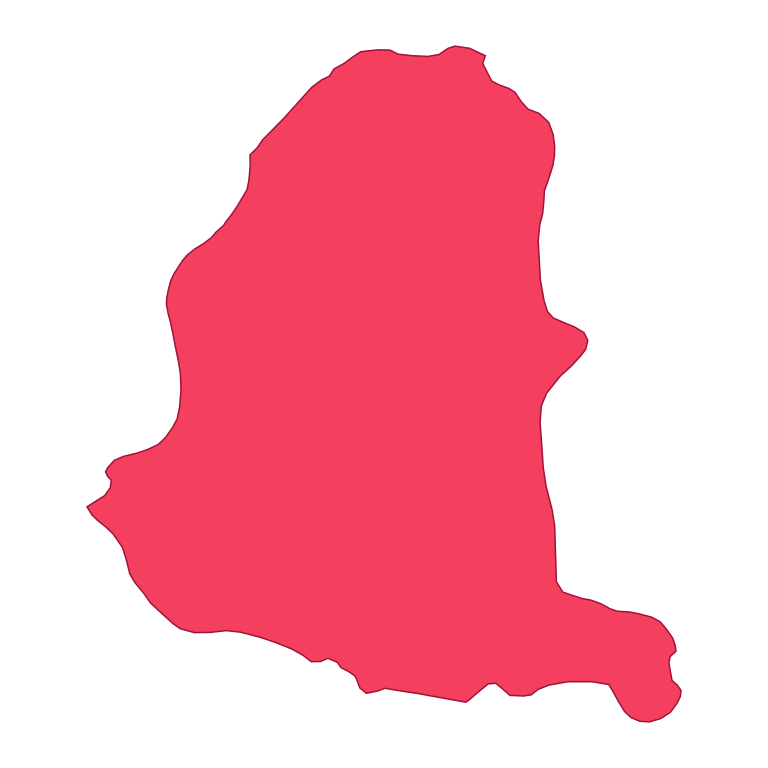 Ndolou, Ngounié, Gabon (Mercator projection)
{"feature_id": "22940354B46648613640917", "entity_name": "Ndolou", "entity_type": "district", "adm_level": 2, "iso_a3": "GAB", "parent_name": "Gabon", "parent_adm1": "Ngounié", "projection": "mercator", "projection_center": [10.279, -1.522], "detail": "fine", "context": "isolated", "style": "filled", "palette": "rose", "viewbox_px": 768, "rotation_deg": 0, "n_neighbors": 0, "source": "geoboundaries", "source_scale": "gbopen_adm2", "svg_char_len": 2338}
<svg xmlns="http://www.w3.org/2000/svg" viewBox="0 0 768 768"><path d="M676.0,651.1L675.0,644.7L672.6,638.0L667.2,630.2L660.4,622.0L651.8,617.2L638.1,613.6L629.5,612.0L617.1,611.2L609.7,608.6L601.1,603.8L590.6,600.0L582.2,598.6L574.4,596.0L562.8,592.1L556.4,581.7L554.7,526.1L552.2,510.2L546.0,485.8L543.2,467.1L542.2,451.5L540.1,422.5L541.3,406.0L546.6,393.2L560.0,376.4L571.2,366.1L580.0,356.7L585.6,349.5L587.8,340.5L584.0,332.7L574.7,327.1L562.8,322.1L553.2,318.0L547.5,311.5L544.1,300.9L540.4,280.0L538.2,241.0L539.7,225.1L542.6,213.9L543.8,201.7L544.4,190.8L548.5,179.3L552.8,165.8L554.4,156.2L554.7,146.8L553.2,134.7L548.8,122.5L539.1,113.4L527.9,109.1L521.0,101.3L515.1,92.5L509.2,88.5L498.9,84.8L491.7,81.0L482.7,63.5L485.3,55.7L469.6,48.3L454.9,46.1L448.1,48.3L439.0,54.5L428.1,56.4L412.2,55.7L398.2,54.2L390.0,50.1L378.2,49.8L360.7,51.7L353.2,56.7L343.3,63.9L334.2,68.8L329.2,76.3L321.7,79.8L311.8,87.2L284.3,117.8L262.5,140.0L257.2,147.8L250.0,154.9L250.2,164.7L249.6,172.9L248.9,180.3L247.1,189.5L237.5,205.8L231.5,214.6L226.9,220.4L223.3,225.8L216.1,232.0L211.5,237.6L203.3,243.7L195.2,248.7L187.6,254.7L182.8,260.1L174.0,273.7L170.8,280.7L168.4,289.5L166.8,297.6L166.4,304.2L168.0,313.0L170.4,322.0L173.0,334.0L175.4,346.9L178.4,361.1L180.4,373.9L181.0,390.1L179.6,407.0L177.2,418.8L172.6,427.4L165.6,437.4L158.2,444.5L148.1,449.3L137.1,453.1L123.7,456.3L114.3,460.3L107.7,467.7L105.5,471.9L107.9,476.7L111.3,480.1L110.3,487.7L104.7,495.6L97.0,500.4L87.0,506.8L92.0,515.0L98.0,520.8L106.1,527.2L113.3,534.2L122.5,547.5L126.9,561.9L129.7,573.7L134.7,582.3L144.3,594.0L150.6,603.0L157.6,609.6L173.2,623.8L180.4,628.8L194.4,632.6L210.1,632.4L226.3,630.6L240.5,632.2L259.8,637.2L274.8,642.2L292.4,649.3L303.3,655.5L311.3,661.7L320.5,661.5L327.9,658.3L337.3,662.3L341.1,667.7L348.5,671.5L355.0,675.9L357.4,681.3L359.8,687.9L366.4,693.3L377.4,691.1L385.0,688.3L406.7,691.9L419.1,693.7L430.1,695.8L465.9,702.2L469.4,699.6L479.4,691.1L488.2,683.9L495.8,683.3L503.3,689.5L509.9,695.4L523.7,696.0L531.3,694.8L537.9,689.5L548.8,685.1L568.1,681.7L591.8,681.7L608.7,684.5L612.4,690.4L618.0,700.7L624.6,711.6L631.1,717.6L639.9,721.3L649.5,721.9L660.8,718.5L670.4,712.3L677.3,702.9L680.4,696.3L681.0,690.4L677.3,685.1L672.0,680.4L670.4,671.4L668.9,662.7L670.1,656.7L676.0,651.1Z" fill="#f43f5e" stroke="#9f1239" stroke-width="1.5"/></svg>